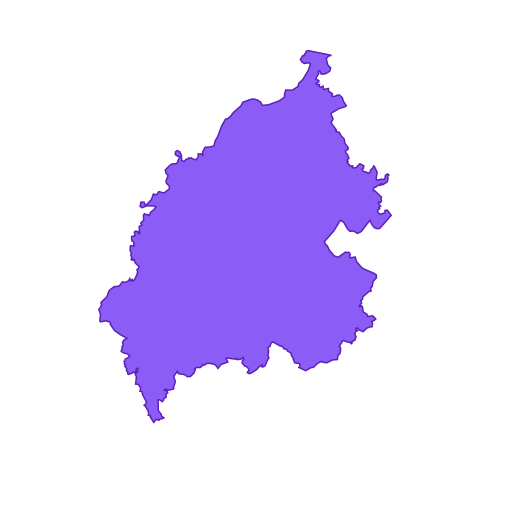 Maubin, Ayeyarwady, Myanmar, rotated 232°
{"feature_id": "60261553B45059924625882", "entity_name": "Maubin", "entity_type": "district", "adm_level": 2, "iso_a3": "MMR", "parent_name": "Myanmar", "parent_adm1": "Ayeyarwady", "projection": "orthographic", "projection_center": [95.538, 16.957], "detail": "fine", "context": "isolated", "style": "filled", "palette": "violet", "viewbox_px": 512, "rotation_deg": 232, "n_neighbors": 0, "source": "geoboundaries", "source_scale": "gbopen_adm2", "svg_char_len": 6090}
<svg xmlns="http://www.w3.org/2000/svg" viewBox="0 0 512 512"><g transform="rotate(232 256 256)"><path d="M187.8,73.0L188.7,77.0L186.3,78.3L186.7,80.0L185.3,82.4L185.3,83.8L187.5,83.0L190.0,83.9L194.2,83.8L203.0,90.3L202.2,91.4L198.9,92.5L199.2,94.1L200.3,95.7L200.1,98.3L202.8,100.4L202.5,102.2L204.4,102.8L206.7,101.2L206.7,102.4L206.2,103.3L204.5,103.8L202.1,108.5L202.1,109.6L203.1,109.9L206.5,115.0L211.8,117.1L213.5,123.0L210.9,122.5L206.6,126.6L203.1,127.6L201.4,130.2L202.0,135.1L204.0,138.4L204.9,138.2L204.8,140.5L202.5,143.2L202.4,145.5L203.2,147.1L201.8,148.0L201.7,151.1L199.1,154.3L195.4,157.0L190.8,156.9L192.0,161.6L189.8,168.6L193.7,169.3L193.5,170.2L187.1,176.6L187.2,177.7L185.9,177.4L183.9,180.8L184.0,183.5L182.2,182.8L181.8,180.8L180.4,179.2L176.0,179.4L174.9,180.3L173.1,180.7L171.0,180.5L169.9,179.4L170.1,178.5L169.3,177.3L167.5,178.2L166.7,180.2L166.1,187.1L166.8,189.7L166.4,193.8L165.0,192.4L164.0,193.7L164.0,195.8L167.5,202.1L167.5,203.2L171.3,204.8L171.3,205.5L174.0,207.9L175.7,208.4L176.4,209.5L176.2,211.3L178.1,214.3L178.0,216.4L170.5,219.5L168.1,221.3L165.8,220.8L163.5,222.6L161.7,222.3L158.1,223.8L155.5,222.5L151.6,222.3L151.6,221.8L148.1,220.7L144.2,224.2L142.2,222.7L141.8,221.1L135.0,224.6L134.2,230.3L132.9,232.9L133.5,238.6L132.5,243.0L131.1,243.2L128.2,246.2L127.0,252.3L124.3,256.4L127.0,259.0L127.4,262.0L129.9,264.9L132.2,266.3L133.5,266.0L135.6,271.8L135.3,273.3L133.2,274.1L129.9,276.9L128.2,277.1L128.4,278.4L129.6,278.5L128.7,282.5L129.7,282.9L130.6,285.1L133.6,285.8L135.3,288.5L134.6,290.1L136.0,289.9L136.2,289.4L137.6,290.6L136.2,291.9L134.1,291.9L130.5,293.7L130.9,298.9L129.9,302.4L128.7,303.8L131.0,306.3L133.3,306.8L132.5,309.2L132.6,311.6L137.0,311.2L139.5,306.8L142.1,307.6L145.8,306.0L150.4,308.6L151.8,308.5L152.1,306.4L153.0,306.4L154.0,310.4L156.3,310.9L156.3,313.2L158.1,315.2L158.5,323.0L157.5,325.2L160.0,326.3L160.4,328.7L163.8,332.6L164.7,337.5L167.1,339.2L169.8,338.3L179.6,332.9L182.2,332.1L190.0,331.8L194.1,333.6L196.5,329.2L197.5,329.2L199.5,331.4L201.7,331.5L203.1,329.4L204.0,329.0L204.4,319.9L207.9,317.7L215.3,317.4L220.6,318.5L222.0,317.8L225.2,318.8L227.9,332.9L232.2,344.6L228.5,345.9L221.2,344.8L217.9,345.1L215.3,348.5L211.5,349.7L210.6,352.7L210.8,355.3L214.1,367.8L209.3,366.7L205.6,366.7L203.3,368.0L201.7,370.0L201.9,372.4L204.8,387.6L211.4,387.7L212.5,385.6L210.9,384.7L210.9,383.4L212.5,379.3L215.4,379.1L217.1,379.6L217.2,382.6L218.7,382.6L218.4,384.8L222.3,384.9L222.9,385.8L221.5,386.8L222.0,388.7L223.6,389.3L225.1,391.1L234.2,389.8L235.3,388.8L236.4,389.7L237.4,392.0L236.5,392.8L236.6,395.6L235.3,397.4L236.1,398.9L235.4,399.6L234.9,398.9L234.1,400.0L233.6,404.9L235.3,407.3L237.7,409.0L238.1,410.6L239.6,410.3L240.0,407.8L237.8,405.4L237.5,404.1L239.7,401.5L241.1,398.2L242.9,398.2L247.4,403.0L253.9,404.5L254.5,404.1L253.4,401.9L253.2,399.2L252.0,397.9L252.0,395.4L253.9,394.8L256.6,392.6L259.0,393.1L259.0,394.6L260.5,396.4L263.7,395.3L264.8,394.4L264.0,389.1L265.5,386.9L266.9,386.6L267.4,387.7L268.9,385.7L273.6,385.5L274.1,385.8L273.8,386.7L275.7,386.9L275.8,389.4L279.5,390.5L281.9,390.3L283.7,391.2L283.4,394.3L284.8,395.4L289.9,395.4L293.8,397.5L298.5,397.1L302.1,397.8L304.8,395.7L305.5,395.8L305.7,396.9L314.6,397.1L316.6,401.2L321.6,402.3L322.2,403.4L321.1,412.1L318.8,417.9L318.8,419.7L324.2,420.1L327.7,421.5L331.6,420.8L332.9,418.7L332.9,417.0L334.9,414.4L335.8,414.4L336.9,416.1L341.2,414.7L343.4,416.2L345.6,411.8L348.7,413.4L349.1,410.6L351.3,410.3L352.0,411.6L354.0,409.4L355.1,409.9L354.5,412.5L355.5,413.5L358.5,412.1L360.0,414.4L361.0,417.7L363.0,418.6L363.0,419.9L362.3,420.2L359.3,419.4L357.7,421.2L356.8,423.2L356.2,427.8L358.2,430.6L362.5,430.2L368.3,432.9L368.9,436.4L367.6,439.0L385.6,423.7L386.4,422.0L384.3,417.0L385.1,416.5L383.6,412.0L380.4,411.7L378.0,412.5L375.9,416.4L373.8,417.1L370.0,411.3L366.2,401.4L365.8,396.3L363.7,393.2L364.4,386.5L368.5,381.7L366.4,378.6L363.6,376.2L364.1,369.4L367.6,358.6L370.9,353.7L374.2,354.4L377.6,353.4L380.9,351.1L382.4,349.0L385.3,340.3L383.6,336.6L383.0,326.5L381.8,322.2L381.6,318.0L382.7,316.4L379.7,309.2L373.8,299.5L371.7,294.5L368.7,290.7L370.3,286.7L373.0,282.9L371.0,278.1L368.1,276.0L370.6,275.4L370.9,274.2L372.1,273.4L369.7,271.4L368.9,268.6L369.2,267.4L372.1,265.6L373.2,265.5L373.7,264.0L374.7,263.5L374.3,261.9L375.3,260.5L374.6,257.7L376.9,256.2L381.4,259.3L385.0,260.1L387.6,258.9L387.7,256.8L386.1,255.1L384.2,255.1L381.2,256.9L377.6,250.6L380.2,246.5L380.5,243.8L379.6,237.4L376.6,236.1L373.4,236.1L370.6,231.4L368.8,230.3L364.2,230.6L362.2,228.9L362.3,222.3L366.6,219.0L365.6,215.9L366.1,214.5L368.0,213.4L364.8,208.1L363.8,200.7L364.7,200.1L367.3,201.0L369.3,198.5L366.5,195.2L364.2,195.9L362.8,200.8L358.5,206.1L356.3,207.3L355.4,204.5L355.4,199.9L353.6,196.7L355.7,196.0L356.3,194.8L358.0,194.0L357.4,192.5L353.3,189.4L352.9,185.5L350.7,185.2L351.2,182.0L345.3,178.2L346.2,177.1L348.0,178.0L349.8,176.4L349.7,174.8L346.3,173.0L348.0,170.0L344.9,167.7L342.3,168.0L341.1,167.6L339.0,165.7L341.1,164.0L341.1,162.9L337.5,160.0L334.6,159.5L333.9,157.9L331.0,157.0L330.3,155.6L329.5,155.5L329.1,157.0L328.2,156.7L328.1,157.6L324.9,156.6L319.5,157.3L318.7,155.8L318.6,153.8L316.2,152.9L314.2,149.8L312.0,145.5L312.3,143.5L313.7,144.0L313.6,141.9L315.9,142.6L314.9,140.3L315.7,136.9L316.4,135.8L317.9,135.0L316.5,129.5L319.2,125.4L319.2,120.2L318.9,118.6L315.7,113.4L314.8,105.2L312.1,103.8L310.6,99.2L305.7,97.6L301.0,92.9L299.9,92.9L297.5,97.5L294.0,100.2L292.5,100.0L292.0,99.1L284.3,98.7L277.7,100.6L270.8,103.6L271.1,100.0L270.0,97.6L267.6,96.7L267.1,94.7L265.3,93.3L264.0,91.1L262.0,91.5L257.7,94.6L254.5,94.6L255.2,89.2L254.1,88.3L254.1,87.2L251.5,85.7L250.3,86.1L249.9,84.8L246.8,84.8L245.6,83.4L243.6,83.4L242.0,82.3L241.1,82.7L240.0,86.0L240.2,87.8L238.6,88.5L239.1,90.7L240.7,92.1L240.4,93.8L239.3,93.4L237.5,90.9L237.1,88.0L234.4,87.4L229.2,82.2L227.4,84.2L223.0,83.9L220.9,81.3L220.1,82.3L218.7,82.4L216.5,81.2L209.8,80.1L207.9,79.2L207.1,78.3L207.3,76.0L205.9,76.3L200.3,75.6L197.9,74.4L197.0,73.1L194.8,74.4L193.9,73.5L187.8,73.0Z" fill="#8b5cf6" stroke="#5b21b6" stroke-width="1.5"/></g></svg>